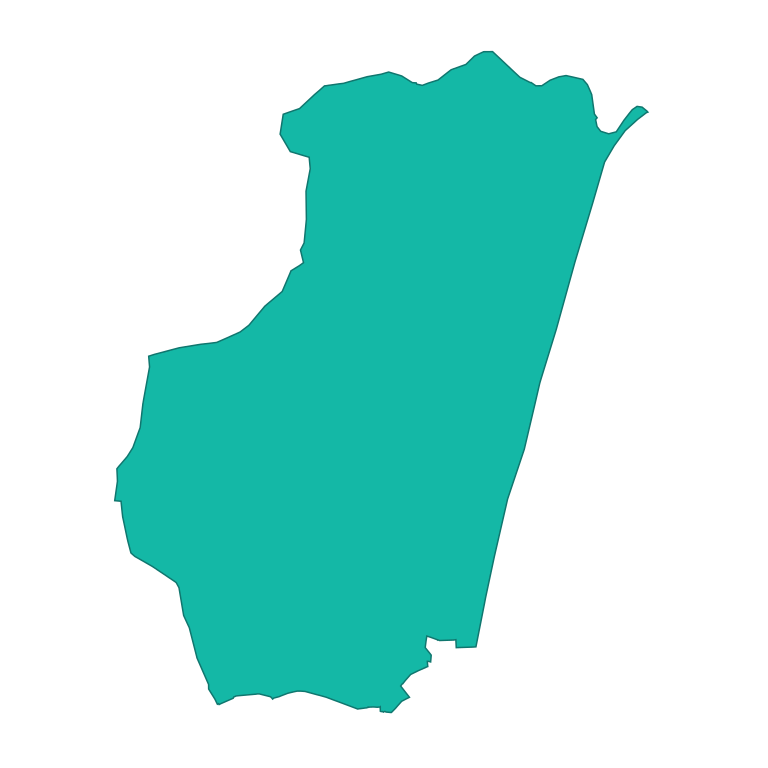 outline of Mambah Kaba, Margibi, Liberia, rotated 268°
{"feature_id": "62588387B59975354142856", "entity_name": "Mambah Kaba", "entity_type": "district", "adm_level": 2, "iso_a3": "LBR", "parent_name": "Liberia", "parent_adm1": "Margibi", "projection": "orthographic", "projection_center": [-10.524, 6.256], "detail": "fine", "context": "isolated", "style": "filled", "palette": "teal", "viewbox_px": 768, "rotation_deg": 268, "n_neighbors": 0, "source": "geoboundaries", "source_scale": "gbopen_adm2", "svg_char_len": 3349}
<svg xmlns="http://www.w3.org/2000/svg" viewBox="0 0 768 768"><g transform="rotate(268 384 384)"><path d="M149.6,179.9L147.3,180.9L118.1,187.3L116.9,187.5L90.9,197.8L89.9,198.2L85.3,198.1L82.8,199.5L75.0,204.0L69.8,206.3L70.3,207.4L69.4,208.0L70.2,209.7L75.2,222.3L76.4,222.9L77.4,225.4L77.6,228.2L78.5,245.1L78.7,246.7L78.6,248.8L78.5,249.0L75.4,259.7L73.6,261.3L73.0,261.7L74.0,263.0L75.2,268.3L75.9,270.1L78.3,277.1L79.5,283.0L80.1,286.5L80.0,289.8L79.5,294.4L75.9,305.9L75.2,308.3L75.1,308.7L73.0,315.3L72.7,316.0L72.6,316.3L70.0,322.5L69.7,323.2L68.5,326.2L61.1,344.0L60.8,344.7L60.1,346.3L60.5,349.5L60.4,349.5L60.7,352.5L60.8,353.1L61.0,355.8L61.5,356.3L61.7,357.2L61.4,357.4L61.6,358.0L61.6,359.1L61.6,359.8L61.6,362.3L61.5,363.3L61.2,365.9L61.2,366.0L61.3,367.7L61.3,368.9L61.1,368.9L61.2,369.0L57.1,368.9L56.7,369.7L56.7,371.1L56.3,371.6L56.2,371.9L56.3,371.9L56.7,372.9L56.7,373.4L56.6,373.9L56.5,374.0L56.4,374.0L56.1,374.6L55.8,376.8L55.4,379.7L55.7,380.2L59.5,384.2L61.7,386.2L66.3,390.6L68.2,394.5L69.5,397.4L70.0,398.5L81.6,390.1L83.9,392.0L83.8,392.3L87.2,395.2L92.8,400.5L96.3,408.3L100.0,417.5L100.1,417.9L103.1,417.7L105.3,417.6L105.2,419.0L104.7,420.6L104.6,420.9L107.6,421.3L111.3,421.7L111.6,421.6L119.1,416.0L121.7,416.4L126.0,417.1L130.6,418.0L129.1,422.1L126.6,428.3L126.3,428.5L126.5,428.7L125.7,430.6L125.7,444.9L126.0,446.9L118.0,447.0L118.0,463.9L118.1,466.7L160.9,476.7L167.1,478.1L207.9,488.3L256.8,501.4L264.7,503.5L313.8,521.9L357.1,533.7L379.4,539.7L383.6,541.1L432.4,558.0L433.0,558.2L499.3,579.1L545.8,594.9L557.3,598.8L598.1,612.2L614.1,622.4L628.8,633.9L639.6,646.7L646.0,655.7L646.5,657.2L647.7,656.2L648.8,654.9L651.7,651.6L652.6,646.6L649.5,641.7L645.8,638.5L639.2,633.0L627.9,624.9L626.2,617.3L629.0,609.4L630.9,608.0L633.8,605.9L640.9,604.7L642.6,606.3L646.5,603.7L665.9,601.7L668.9,600.6L676.1,597.7L681.5,593.4L684.2,583.3L685.4,578.6L685.9,576.7L685.1,571.2L684.9,569.5L681.8,560.6L676.5,552.0L676.6,551.0L676.7,546.2L680.2,541.5L680.1,540.8L685.8,530.5L691.1,525.2L712.4,504.1L712.4,503.7L712.5,498.4L712.6,495.2L711.0,491.4L708.6,485.9L700.5,477.0L695.8,462.2L693.3,458.7L690.3,454.6L685.9,448.6L683.2,438.8L681.1,432.7L681.8,430.1L682.5,427.2L683.8,426.7L684.2,422.8L691.2,412.5L692.1,410.0L695.6,399.6L695.5,399.1L695.3,398.3L694.8,396.3L693.7,392.0L691.7,377.9L688.9,366.4L687.5,360.4L685.9,354.1L685.5,349.3L684.6,341.0L684.4,338.7L684.2,337.5L684.0,334.9L682.5,333.1L682.2,332.7L679.6,329.6L675.7,324.7L662.2,309.2L659.3,299.7L657.1,292.7L637.3,288.9L619.5,298.5L614.8,312.4L613.2,317.2L611.8,317.2L601.7,317.8L579.4,312.8L552.3,312.2L551.4,312.2L544.4,311.3L527.8,309.1L520.8,305.2L508.1,307.8L505.5,304.0L504.9,303.0L500.4,295.0L498.1,294.0L480.0,285.5L469.4,272.0L465.9,267.6L447.4,251.0L441.0,242.0L438.2,235.2L435.5,228.6L433.9,224.6L431.4,218.3L430.7,210.6L430.1,202.3L427.4,180.9L425.9,174.3L421.6,155.5L420.1,150.2L420.0,149.8L409.2,150.3L376.7,143.2L373.2,142.5L372.9,142.4L368.3,141.7L348.9,138.8L344.3,136.9L329.2,130.8L320.5,124.9L315.9,120.7L311.3,116.4L308.6,114.1L300.3,114.2L297.7,114.2L296.0,114.2L276.8,110.8L276.0,117.1L264.2,117.9L260.3,118.2L257.0,118.8L239.1,121.9L235.5,122.6L224.0,125.2L223.4,125.8L221.3,128.0L220.3,129.1L211.7,143.0L209.7,146.2L193.6,168.4L192.8,169.4L187.6,172.0L159.6,175.7L149.6,179.9Z" fill="#14b8a6" stroke="#0f766e" stroke-width="1.5"/></g></svg>